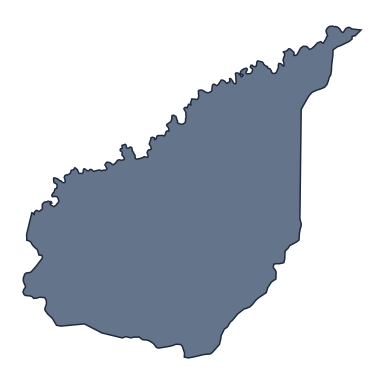 outline of Markounda, Ouham, Central African Republic
{"feature_id": "33826404B52601033142025", "entity_name": "Markounda", "entity_type": "district", "adm_level": 2, "iso_a3": "CAF", "parent_name": "Central African Republic", "parent_adm1": "Ouham", "projection": "natural_earth1", "projection_center": [17.237, 7.587], "detail": "fine", "context": "isolated", "style": "filled", "palette": "slate", "viewbox_px": 384, "rotation_deg": 0, "n_neighbors": 0, "source": "geoboundaries", "source_scale": "gbopen_adm2", "svg_char_len": 5820}
<svg xmlns="http://www.w3.org/2000/svg" viewBox="0 0 384 384"><path d="M26.8,240.3L29.0,240.8L31.2,242.4L31.6,243.7L33.0,245.6L34.9,247.7L37.3,249.5L39.0,255.1L41.8,255.3L42.5,257.9L36.3,266.0L31.6,271.4L30.3,272.4L26.2,273.0L24.7,274.2L23.3,278.3L23.3,281.0L24.7,284.7L25.5,286.0L25.3,287.4L23.8,289.5L23.0,292.2L23.9,294.2L25.1,295.4L30.3,296.0L32.2,296.7L33.8,298.4L36.4,298.2L39.7,297.2L44.7,297.6L46.1,300.0L46.5,302.6L46.3,304.5L44.9,308.4L45.1,310.5L47.9,314.2L52.4,318.4L56.5,325.3L61.0,326.1L84.4,323.9L101.8,332.9L122.2,337.9L126.1,336.6L130.8,337.9L134.0,337.1L139.2,337.1L142.6,339.7L146.7,340.0L149.6,341.0L153.3,343.4L156.4,347.4L158.7,348.1L169.6,346.3L172.7,345.5L176.1,344.2L180.7,344.5L182.3,346.3L184.5,352.9L184.3,357.1L188.4,357.9L194.3,356.8L204.0,354.5L210.4,353.9L212.2,352.6L219.4,344.5L220.6,339.7L221.2,335.5L224.4,328.9L226.7,327.6L227.8,326.3L229.2,323.7L230.5,321.8L232.4,320.3L237.6,314.0L243.9,309.0L246.2,308.4L249.8,306.9L252.7,304.2L255.7,300.3L258.0,298.2L266.3,292.6L267.7,287.7L271.3,282.1L275.9,279.0L276.1,271.9L275.4,270.3L273.4,267.7L273.4,266.1L273.8,264.2L276.1,263.7L279.5,263.7L283.8,262.7L284.7,259.2L285.1,251.1L288.1,248.2L289.7,245.6L296.3,242.1L299.0,240.0L299.4,233.5L300.1,229.5L301.2,225.6L301.2,223.7L299.9,218.7L301.2,109.3L307.9,97.5L310.0,94.5L312.1,92.3L317.4,89.9L320.3,89.1L324.5,87.3L326.9,84.6L328.4,80.7L329.2,77.3L330.7,75.1L331.4,70.8L331.7,64.9L332.9,55.3L333.0,49.9L337.5,46.7L340.8,45.5L348.9,41.6L352.0,39.1L352.1,36.4L355.3,35.7L361.0,30.0L352.1,29.0L349.5,27.4L348.1,27.4L345.8,28.5L343.6,32.0L343.2,32.3L342.3,32.4L340.9,31.0L340.0,29.2L337.7,27.2L335.6,26.5L334.4,26.8L332.8,26.1L329.5,26.4L327.3,28.2L326.1,30.3L326.1,31.8L327.3,34.8L327.6,36.2L327.0,36.5L326.3,37.3L326.3,38.2L325.8,39.1L323.3,43.1L322.9,43.3L320.7,41.6L317.3,43.0L314.4,46.2L311.9,48.4L309.5,49.5L306.9,46.5L303.4,46.2L300.5,48.2L297.0,54.8L294.2,55.6L293.8,55.3L294.1,53.4L293.9,52.3L290.4,49.1L288.9,48.7L287.1,50.5L286.2,51.1L283.6,51.8L283.3,52.1L284.4,53.2L284.6,53.9L284.6,55.8L283.9,57.1L283.0,60.1L283.9,63.0L284.1,65.7L283.7,66.0L283.1,65.9L281.5,64.2L280.5,63.6L279.3,63.4L278.7,63.6L278.3,65.4L278.4,67.3L277.8,69.2L277.1,70.4L276.8,71.6L275.4,73.3L273.0,73.4L271.9,72.8L271.2,70.6L269.9,68.7L268.1,68.3L267.4,67.7L267.6,67.1L267.3,66.5L265.2,65.7L263.7,64.2L263.0,62.6L261.8,61.8L257.7,60.9L257.1,61.5L256.8,62.5L256.5,64.8L256.1,66.2L255.5,66.6L254.4,66.6L252.5,65.8L252.0,65.1L250.9,65.3L250.3,67.0L250.5,67.5L252.4,68.9L252.6,69.8L252.3,71.2L251.6,72.5L250.4,73.6L248.7,73.8L246.9,73.7L246.2,73.5L245.9,72.8L246.0,72.2L247.2,70.0L247.3,69.3L247.0,68.6L246.3,68.2L244.1,68.7L241.9,70.1L240.7,71.5L240.3,72.2L240.3,73.6L240.5,74.0L242.9,74.7L243.1,75.1L242.2,76.4L241.2,76.8L240.7,75.7L238.6,73.5L237.6,72.9L236.0,73.0L235.5,73.3L235.5,75.1L235.9,76.5L235.8,78.1L236.2,82.7L236.0,83.4L235.5,83.7L233.8,83.4L232.5,80.9L230.8,78.8L230.2,78.5L229.6,78.7L229.8,81.8L227.7,82.7L227.0,83.5L226.0,82.8L225.1,81.5L223.5,80.4L221.4,80.0L220.9,80.3L220.4,81.6L219.7,82.2L218.8,83.9L217.2,85.5L216.6,85.6L214.4,84.2L213.5,84.2L212.6,84.9L212.2,86.3L211.8,90.7L211.4,91.3L209.2,92.5L207.8,92.8L205.1,92.0L204.1,91.1L201.6,90.0L199.0,90.3L198.3,91.1L198.5,92.5L198.4,94.3L198.8,95.5L198.4,97.9L197.7,99.0L196.7,99.5L193.6,99.0L191.6,99.0L191.6,100.0L190.7,102.1L190.6,103.0L191.0,104.5L190.8,105.1L189.6,104.3L188.5,104.3L187.1,108.0L185.8,107.3L185.1,107.4L184.4,107.9L183.9,108.7L184.1,109.4L185.4,111.4L185.9,112.7L185.8,114.1L186.2,117.5L185.6,118.4L185.5,121.3L184.8,123.0L182.0,124.4L180.7,124.2L177.4,122.8L177.5,120.7L176.8,119.5L176.4,117.6L175.8,116.4L173.6,115.2L172.5,115.4L171.9,115.8L171.8,118.4L171.3,120.8L170.6,121.8L166.9,124.4L166.7,125.0L166.7,125.6L168.1,127.3L168.8,128.8L169.0,130.4L168.7,131.1L167.1,130.9L166.5,131.2L166.0,132.0L165.1,134.8L164.5,135.9L162.3,135.4L157.9,135.6L157.1,136.0L156.3,138.5L155.8,139.2L154.9,139.6L154.5,137.9L152.5,137.2L151.2,137.6L150.8,138.2L150.8,139.3L149.2,144.0L150.8,146.5L151.3,148.9L150.7,149.5L148.5,149.9L147.7,151.0L147.1,152.3L147.2,153.2L148.1,155.9L148.0,157.1L147.7,157.3L146.3,157.2L144.2,156.6L142.5,157.9L141.4,157.9L139.7,158.7L138.7,158.6L137.6,159.1L136.2,159.1L135.2,158.1L135.0,155.1L134.4,154.6L133.1,151.9L132.4,151.0L131.9,148.0L131.6,147.5L130.5,147.0L129.7,147.3L128.8,148.0L127.8,148.3L127.0,148.0L126.5,147.3L126.1,145.2L125.3,144.3L122.1,145.3L121.9,145.6L122.3,148.1L122.0,148.6L120.6,148.8L120.1,149.6L120.3,150.7L121.8,151.8L122.2,152.6L121.9,154.8L122.1,155.3L123.5,156.6L124.3,158.5L124.1,159.4L123.6,159.8L121.2,160.3L119.8,159.8L118.8,159.8L117.3,160.5L115.3,163.3L113.4,164.6L112.6,164.7L110.1,162.6L107.2,162.1L106.5,162.4L105.1,164.4L105.0,165.1L106.9,168.3L106.9,169.0L105.1,170.4L103.5,170.1L102.4,170.7L101.5,170.7L100.6,170.2L98.7,170.0L93.7,171.4L91.3,169.4L90.0,169.5L88.7,170.7L87.7,170.8L87.0,170.6L85.3,169.2L84.2,168.8L83.6,169.0L83.0,172.6L82.6,173.1L81.7,173.4L79.3,173.4L78.8,173.2L77.4,169.7L75.0,167.7L74.4,168.1L74.0,169.2L73.1,169.8L71.2,170.3L70.3,173.2L69.8,173.8L67.0,175.0L66.1,174.9L65.0,175.5L64.2,177.5L65.1,180.1L65.2,181.7L64.6,182.5L63.4,182.7L62.3,182.3L60.8,180.8L59.7,180.8L58.9,179.8L57.4,178.7L54.3,177.8L53.7,178.0L53.5,178.5L53.8,182.2L54.2,182.8L55.9,183.5L57.2,185.1L56.7,188.2L54.9,189.1L54.1,192.0L53.5,192.5L51.9,194.8L51.8,195.4L52.1,196.5L52.7,196.8L54.4,196.3L57.0,196.8L58.0,198.1L58.9,201.2L58.0,202.8L56.7,204.1L56.0,205.2L54.0,206.5L53.2,206.4L50.1,204.4L50.0,203.9L50.3,203.3L51.6,203.3L51.9,203.1L51.1,201.6L50.5,201.5L49.8,201.7L48.1,201.1L47.4,201.6L44.7,202.1L43.8,202.5L42.3,204.4L42.2,207.3L42.5,207.7L42.2,209.4L40.9,210.0L39.4,211.4L39.0,211.5L37.0,210.4L36.1,210.5L34.7,211.8L34.4,212.4L34.3,214.5L33.5,214.2L33.4,213.7L32.4,212.9L31.8,212.8L26.6,234.5L26.8,240.3Z" fill="#64748b" stroke="#1e293b" stroke-width="1.5"/></svg>